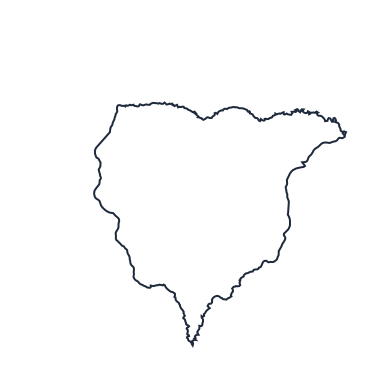 Canabrava do Norte, Mato Grosso, Brazil, rotated 119°
{"feature_id": "56859067B45377841308252", "entity_name": "Canabrava do Norte", "entity_type": "district", "adm_level": 2, "iso_a3": "BRA", "parent_name": "Brazil", "parent_adm1": "Mato Grosso", "projection": "robinson", "projection_center": [-51.832, -11.229], "detail": "fine", "context": "isolated", "style": "outline", "palette": "slate", "viewbox_px": 384, "rotation_deg": 119, "n_neighbors": 0, "source": "geoboundaries", "source_scale": "gbopen_adm2", "svg_char_len": 5984}
<svg xmlns="http://www.w3.org/2000/svg" viewBox="0 0 384 384"><g transform="rotate(119 192 192)"><path d="M325.9,117.0L324.3,117.4L322.1,119.5L320.1,118.3L319.6,117.0L319.0,118.9L318.0,118.1L316.8,119.5L314.8,118.9L313.7,117.1L312.2,119.3L311.2,119.6L308.6,119.3L307.4,119.5L305.5,120.7L304.7,118.8L303.5,118.4L302.1,119.2L300.6,119.3L298.4,120.4L297.7,121.3L297.1,122.7L295.8,123.5L295.8,122.0L294.5,121.3L293.1,122.4L291.8,121.9L289.6,121.9L286.8,121.1L285.0,120.2L284.2,123.1L282.1,123.1L281.3,122.6L280.4,121.2L278.9,120.9L277.6,121.5L276.7,122.3L274.6,122.3L272.8,121.6L271.4,120.5L270.7,119.7L270.2,118.1L270.5,115.4L270.3,114.1L270.7,113.1L269.4,109.7L267.8,109.2L266.3,108.0L264.1,106.9L263.4,108.0L260.7,108.3L259.3,107.9L257.7,108.9L256.9,110.1L254.7,109.6L253.8,108.4L252.9,107.9L252.5,106.5L251.3,105.0L250.0,104.7L248.6,106.3L247.3,106.5L246.2,107.6L245.4,107.0L244.5,107.6L243.1,107.3L241.0,105.9L239.8,106.3L238.5,106.0L237.1,105.4L235.9,103.9L233.8,102.5L233.1,101.8L232.1,100.3L230.2,100.3L229.1,99.1L228.0,97.4L227.0,96.7L225.9,96.9L224.8,95.9L223.9,95.5L218.8,95.9L217.3,95.3L216.2,94.0L216.4,91.0L215.1,89.5L214.3,87.7L213.5,86.7L210.4,85.2L209.2,85.1L207.0,85.6L205.4,85.6L201.5,87.5L196.5,87.4L193.8,87.8L190.4,87.5L187.9,87.6L186.5,88.5L185.3,90.6L184.0,91.4L178.1,89.7L176.2,89.7L173.7,90.1L169.9,92.2L167.8,93.8L166.1,95.9L165.4,97.2L163.5,97.9L153.9,102.4L152.9,103.1L150.8,105.7L149.7,106.6L148.1,107.3L146.2,109.4L144.4,110.6L143.4,111.6L142.4,112.4L139.1,112.6L138.1,113.1L136.4,114.3L135.1,114.9L127.9,115.3L126.1,115.0L124.0,114.4L120.9,112.3L119.0,110.3L115.8,106.4L114.4,105.8L112.6,110.0L110.7,107.3L109.4,106.5L108.0,106.4L104.9,106.9L103.9,106.7L101.6,105.9L98.6,105.7L96.6,105.8L94.8,105.4L91.4,103.6L86.8,102.1L85.6,101.3L84.5,100.1L83.6,98.5L82.4,95.4L79.2,92.6L78.1,91.1L76.4,90.2L74.2,89.9L73.0,89.2L72.2,86.9L70.9,85.8L69.6,85.2L68.8,85.5L68.1,87.3L67.6,86.1L65.0,86.3L65.3,88.4L66.9,88.8L66.3,90.2L66.4,91.4L65.7,92.2L64.7,92.8L63.1,95.2L61.6,96.0L60.8,97.9L61.3,100.0L60.0,100.5L58.7,101.7L58.1,103.2L58.8,103.9L60.1,103.8L60.8,103.1L61.6,102.0L62.7,103.7L60.7,106.7L61.1,108.3L62.7,108.4L64.1,108.0L65.5,109.9L64.5,110.8L63.7,112.2L63.0,114.5L62.9,115.6L63.1,116.7L63.9,118.2L63.9,119.4L62.6,121.2L61.4,120.3L61.3,122.1L63.1,122.8L63.6,124.5L64.4,125.3L64.9,126.4L66.4,126.6L67.2,127.2L65.2,128.3L65.2,129.8L66.8,129.5L67.9,130.8L68.2,132.2L68.0,133.6L67.8,134.7L65.7,134.4L66.4,136.0L68.0,136.4L69.8,136.1L69.6,137.9L68.8,138.7L68.5,140.2L70.2,141.4L70.7,139.8L71.7,140.1L72.6,142.4L73.6,143.7L74.4,142.5L76.5,142.7L77.6,145.8L77.5,147.2L79.2,148.4L79.5,149.4L77.8,150.5L78.8,151.4L80.7,152.6L81.0,153.7L83.1,155.7L83.0,157.1L84.1,156.5L85.3,157.3L86.2,158.3L87.9,158.2L89.0,159.1L89.8,160.0L90.9,160.4L91.8,161.5L92.2,163.1L92.8,163.9L93.8,163.2L94.7,163.7L95.2,165.2L94.8,167.2L97.0,166.9L97.1,168.3L96.2,169.6L95.8,170.9L96.5,172.5L95.9,174.7L94.7,176.8L95.2,179.5L93.9,180.1L93.6,181.2L94.6,181.7L94.3,182.8L93.6,183.5L94.0,187.5L94.7,189.3L95.6,190.8L95.9,191.8L96.0,193.6L97.0,195.2L97.3,196.6L99.3,198.9L100.1,200.1L101.2,201.0L102.4,201.5L102.9,202.9L103.6,204.0L104.7,204.6L105.8,204.6L106.5,206.1L108.9,207.7L110.3,207.8L111.4,207.7L111.2,209.6L112.1,210.4L113.5,209.5L114.9,209.9L116.2,210.7L117.6,210.6L118.7,212.4L118.9,214.4L120.0,215.3L121.4,215.7L122.1,216.3L123.3,216.9L123.4,218.4L122.8,219.2L123.2,220.2L123.2,221.7L123.8,223.2L122.8,223.2L121.7,228.1L121.1,227.1L120.5,228.8L121.8,229.7L121.6,233.3L121.9,235.0L121.5,236.6L121.8,238.0L122.3,239.3L121.5,240.6L121.9,241.6L123.0,242.7L123.6,244.3L124.7,245.3L123.0,247.3L125.4,249.1L124.8,250.2L125.4,251.1L124.3,252.0L125.4,253.3L125.5,254.4L126.5,255.1L127.8,256.6L127.1,259.4L128.6,259.9L129.6,261.1L130.0,263.6L131.0,264.2L131.4,265.8L132.1,267.2L132.8,269.1L134.8,270.9L135.8,270.9L136.7,272.0L137.6,274.4L138.3,275.3L139.7,276.4L140.4,278.3L140.4,279.9L141.6,280.2L142.8,280.2L143.6,281.1L144.6,284.4L144.0,285.5L145.5,287.0L145.8,288.6L147.1,289.4L147.9,290.4L148.1,291.6L149.5,291.7L149.4,293.2L150.0,293.9L150.8,295.4L150.8,296.6L151.3,297.8L152.1,298.7L153.1,298.9L155.0,298.3L157.7,296.5L159.3,296.3L160.8,296.5L162.5,295.9L164.3,295.7L166.2,295.1L169.8,294.9L172.2,294.2L174.3,294.5L176.3,294.1L179.5,292.8L199.8,297.3L202.6,297.1L205.4,295.5L207.7,293.0L208.2,291.9L208.2,289.9L210.7,286.2L214.2,284.5L217.6,284.5L220.0,282.3L221.1,281.0L222.0,280.6L223.6,278.7L224.7,278.2L226.6,278.4L229.0,277.2L230.3,276.9L231.4,277.0L234.7,277.6L238.0,277.9L240.1,277.2L241.2,276.6L242.8,275.2L243.5,274.3L244.0,273.3L244.3,271.9L244.3,269.9L244.8,268.4L247.8,265.1L248.9,263.0L249.8,259.7L250.1,257.0L250.0,254.4L249.3,252.2L248.7,250.7L249.8,247.5L250.5,244.1L250.9,243.1L252.3,241.8L255.5,240.8L258.7,239.1L261.0,238.9L263.4,239.1L264.7,238.9L265.8,238.3L267.1,237.3L269.6,236.1L270.7,234.9L270.9,233.3L271.4,231.8L272.1,229.2L272.8,227.5L272.7,225.0L273.7,223.2L274.0,221.2L274.6,220.3L276.2,219.2L277.2,218.0L278.4,216.0L279.2,215.0L281.4,213.6L282.1,212.8L283.9,211.5L284.9,210.4L285.4,209.5L286.0,207.0L286.6,206.1L287.9,205.2L290.6,204.0L291.9,203.0L294.6,202.0L295.3,201.2L296.2,199.6L296.5,198.0L296.5,196.7L296.6,195.6L297.3,194.1L297.6,192.5L297.3,190.3L297.4,188.3L297.0,186.9L297.3,185.5L296.7,183.3L296.0,182.2L295.1,182.0L293.8,182.7L293.1,180.2L290.4,177.4L289.8,176.2L288.8,175.6L287.8,172.2L286.8,172.0L286.7,170.7L288.2,168.4L288.8,166.5L289.2,164.6L289.5,162.4L288.9,160.4L289.2,157.6L290.7,156.8L292.3,156.5L292.3,155.3L293.7,154.4L294.5,153.4L295.0,152.4L295.4,149.7L296.2,148.8L296.7,147.7L297.7,147.1L299.2,144.9L299.5,143.6L301.0,141.0L302.0,140.8L303.9,138.2L305.5,138.7L306.6,138.5L306.9,136.6L307.9,135.4L308.7,134.8L309.4,133.7L310.5,133.0L310.7,131.9L310.6,130.7L310.9,129.5L312.1,129.8L313.1,130.5L314.2,130.4L314.9,128.7L315.9,128.0L318.5,127.4L318.8,125.4L319.5,124.7L320.7,126.0L321.9,125.8L322.2,124.5L323.2,123.6L323.7,122.4L323.7,120.3L324.2,119.4L325.0,118.6L325.9,117.0Z" fill="none" stroke="#1e293b" stroke-width="2"/></g></svg>